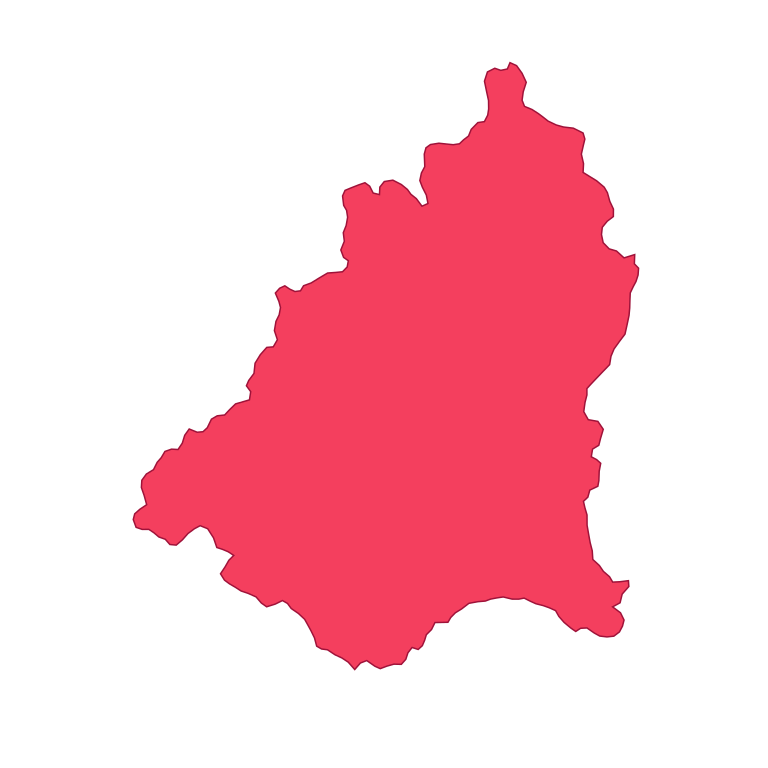 outline of São Sebastião do Maranhão, Minas Gerais, Brazil, rotated 349°
{"feature_id": "56859067B30691508843220", "entity_name": "São Sebastião do Maranhão", "entity_type": "district", "adm_level": 2, "iso_a3": "BRA", "parent_name": "Brazil", "parent_adm1": "Minas Gerais", "projection": "orthographic", "projection_center": [-42.542, -18.046], "detail": "fine", "context": "isolated", "style": "filled", "palette": "rose", "viewbox_px": 768, "rotation_deg": 349, "n_neighbors": 0, "source": "geoboundaries", "source_scale": "gbopen_adm2", "svg_char_len": 3645}
<svg xmlns="http://www.w3.org/2000/svg" viewBox="0 0 768 768"><g transform="rotate(349 384 384)"><path d="M526.0,145.3L518.2,150.7L514.3,156.7L508.7,159.5L503.9,162.6L497.6,162.3L490.9,160.3L483.8,158.1L475.3,157.8L470.3,160.1L467.4,166.0L466.4,172.6L465.5,178.4L461.0,184.0L458.0,191.1L459.2,198.1L461.6,206.6L461.6,215.2L455.2,216.7L451.1,208.2L446.6,202.9L444.1,197.5L439.1,191.5L431.6,185.6L422.9,185.3L417.5,189.9L415.7,197.2L409.8,194.5L407.7,187.1L403.7,182.8L397.2,183.7L388.5,185.3L382.7,186.5L379.2,191.5L378.5,201.0L380.4,206.4L380.1,213.4L377.1,221.2L372.9,227.7L372.3,236.3L367.2,244.2L368.5,252.0L372.5,256.2L370.2,262.1L364.7,265.9L358.2,265.3L349.8,264.3L340.8,267.5L331.8,270.9L323.8,272.2L319.8,276.6L314.2,276.2L309.6,272.9L305.4,268.7L299.8,270.1L294.7,274.0L296.6,282.9L297.0,289.2L294.3,296.1L289.9,301.9L286.6,310.7L287.8,320.2L282.4,326.4L275.9,325.7L268.3,331.5L261.4,339.0L258.4,348.8L251.9,354.7L248.6,359.5L251.7,366.1L248.9,373.9L234.5,375.2L227.6,379.7L221.7,384.0L214.2,383.4L207.9,385.6L202.2,393.2L197.2,396.3L191.4,395.7L184.2,391.0L178.6,396.3L174.7,403.6L169.3,409.0L163.0,407.4L156.1,408.4L151.3,413.8L146.4,417.6L141.4,424.1L133.6,427.0L127.9,432.3L126.1,439.3L127.3,447.8L128.0,457.2L120.4,460.4L114.5,463.9L112.0,469.2L113.3,477.4L118.9,480.6L125.4,481.8L129.8,486.2L133.8,491.2L139.7,494.7L143.2,500.7L149.3,502.5L156.4,498.5L163.0,493.4L170.3,489.9L176.5,488.0L183.3,492.4L187.3,502.5L188.7,512.6L193.9,515.5L199.0,518.9L203.8,523.6L198.1,527.4L193.3,533.0L187.3,539.1L190.0,546.1L194.2,550.7L199.0,554.9L204.2,559.9L210.7,563.6L217.8,568.6L221.8,575.6L226.3,580.3L235.2,579.3L243.0,577.2L247.4,581.0L250.1,586.7L256.2,592.9L261.2,599.8L263.1,605.5L265.2,612.1L267.3,619.9L267.9,628.5L272.1,632.2L277.8,634.1L284.3,640.5L290.4,644.9L295.8,650.2L300.8,658.7L307.6,653.4L314.3,652.2L321.2,659.3L326.0,662.7L333.1,661.5L340.3,660.9L347.5,662.5L352.9,658.4L356.2,652.4L361.3,648.0L366.9,651.1L371.7,648.2L375.0,643.3L377.7,638.2L383.8,634.1L388.5,627.9L395.5,629.1L401.3,630.1L405.0,625.9L410.4,622.2L417.3,619.6L425.5,615.5L434.6,615.6L442.1,616.4L447.5,615.5L453.8,615.5L460.4,615.8L468.7,619.6L475.2,620.9L480.7,620.9L486.4,625.3L491.2,628.7L498.0,631.9L503.4,635.1L509.2,639.2L511.3,645.5L515.3,652.4L521.0,659.4L525.0,663.5L530.4,661.3L536.7,662.2L542.8,668.5L547.7,672.6L554.6,674.8L561.5,675.4L567.8,672.3L571.9,667.2L574.6,661.5L572.5,653.7L565.9,646.4L574.0,643.8L577.7,635.7L585.7,629.5L586.4,623.7L577.6,623.1L570.7,622.1L568.6,616.2L563.6,609.8L560.8,603.3L555.5,596.1L556.6,587.5L556.1,579.0L556.2,570.8L556.4,561.4L558.3,551.3L557.6,543.8L557.4,537.2L562.5,534.0L565.8,527.4L574.4,525.2L576.5,519.8L578.6,510.7L581.6,503.2L578.3,498.8L573.6,495.0L576.3,487.7L583.2,485.1L586.1,478.9L590.6,470.3L586.8,461.5L577.7,458.0L574.8,449.3L577.8,440.5L581.1,433.5L582.3,427.2L587.0,423.7L593.0,419.4L601.2,413.6L609.2,408.0L612.1,400.1L616.5,393.5L623.4,387.0L630.1,381.0L634.1,371.8L637.6,363.5L639.7,356.3L641.3,349.1L643.1,341.6L647.3,335.9L650.9,331.5L654.2,325.5L656.0,318.9L652.7,313.8L654.8,304.8L643.7,306.0L637.6,297.8L630.8,294.3L626.1,287.1L626.0,278.8L628.2,271.8L634.2,266.8L641.1,263.4L642.6,256.1L640.5,247.7L639.8,238.8L637.7,232.8L631.5,225.1L625.2,219.3L619.8,214.3L621.9,205.8L621.6,196.0L625.2,187.8L627.9,181.9L627.3,175.6L618.7,169.0L609.3,166.0L602.5,162.6L595.2,157.2L591.0,152.3L587.2,148.1L581.7,142.8L574.9,138.3L573.7,131.8L576.4,123.8L581.2,115.0L578.8,105.3L574.9,96.8L569.0,92.6L565.2,98.3L558.5,98.4L553.0,95.2L545.1,97.4L540.4,105.9L540.5,116.1L540.7,125.7L539.2,134.0L537.1,139.9L532.6,145.6L526.0,145.3Z" fill="#f43f5e" stroke="#9f1239" stroke-width="1.5"/></g></svg>